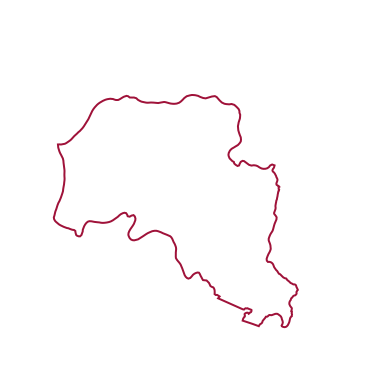 the district of Caapiranga, Amazonas, Brazil, rotated 24°
{"feature_id": "56859067B97968343077652", "entity_name": "Caapiranga", "entity_type": "district", "adm_level": 2, "iso_a3": "BRA", "parent_name": "Brazil", "parent_adm1": "Amazonas", "projection": "natural_earth1", "projection_center": [-61.698, -3.056], "detail": "fine", "context": "isolated", "style": "outline", "palette": "rose", "viewbox_px": 384, "rotation_deg": 24, "n_neighbors": 0, "source": "geoboundaries", "source_scale": "gbopen_adm2", "svg_char_len": 6073}
<svg xmlns="http://www.w3.org/2000/svg" viewBox="0 0 384 384"><g transform="rotate(24 192 192)"><path d="M290.6,288.9L300.7,287.9L307.6,287.4L307.8,285.6L308.2,284.7L308.8,284.0L309.2,282.8L309.1,282.0L309.0,281.0L309.2,280.2L310.1,277.1L310.2,275.9L311.0,275.5L311.6,275.1L312.0,274.2L312.3,273.4L312.9,272.8L314.5,272.3L315.0,272.0L317.6,269.5L318.3,269.1L319.1,268.7L319.7,268.6L320.6,268.7L322.9,269.2L323.9,269.6L324.4,270.0L325.0,270.5L325.9,271.7L327.2,273.0L328.0,274.2L328.3,275.6L328.2,277.6L328.7,278.1L329.6,278.2L330.4,278.1L331.0,278.0L331.9,277.6L332.6,277.0L333.0,276.6L333.5,275.4L333.7,274.6L333.8,271.8L333.7,270.8L333.1,268.0L333.0,266.8L333.2,265.9L333.7,264.8L333.3,264.2L333.3,263.4L332.7,262.5L332.2,262.0L332.1,260.9L331.7,260.4L331.1,260.4L331.0,259.3L330.5,257.6L329.8,257.1L329.1,256.8L328.2,256.3L326.8,255.1L326.4,254.6L326.1,253.8L325.9,253.2L325.8,252.2L325.9,251.5L326.1,250.6L325.9,249.5L326.0,248.4L326.4,247.9L326.5,247.2L326.9,245.7L327.6,244.9L328.3,244.4L328.7,243.5L328.9,242.4L328.5,241.6L328.1,240.9L328.2,240.1L328.2,239.4L328.5,238.4L327.2,237.2L326.0,236.2L324.9,234.9L323.5,234.6L322.1,235.2L320.6,235.0L319.0,235.0L317.6,234.4L314.7,233.6L313.3,232.7L311.8,233.0L310.2,232.9L308.8,232.4L306.0,231.3L304.6,231.3L301.9,229.5L300.5,229.0L299.2,228.2L297.7,227.3L295.5,225.1L294.2,224.4L292.7,224.1L291.2,224.3L289.8,225.0L288.3,224.3L287.4,222.8L287.2,221.2L287.1,219.4L287.1,217.4L287.3,215.6L287.3,213.8L287.1,212.0L285.3,208.8L284.2,207.5L281.9,205.2L281.1,203.6L280.9,201.9L280.8,199.9L280.9,197.9L281.2,196.2L281.4,194.5L281.2,192.7L280.6,189.1L280.4,187.3L280.3,182.7L279.6,180.7L278.8,180.1L278.0,179.6L277.3,179.2L276.4,178.8L275.8,178.3L275.5,177.7L275.4,176.4L275.3,175.1L275.2,173.6L275.0,173.0L274.8,172.4L274.1,171.2L273.7,170.2L273.5,169.3L273.1,167.8L273.0,167.1L272.6,165.8L272.5,164.0L272.2,163.0L271.8,161.0L271.3,159.3L271.0,157.7L270.7,157.1L270.9,156.3L270.6,155.8L270.8,155.1L270.6,154.3L270.0,154.1L269.7,153.6L269.5,152.7L269.0,152.2L269.5,151.7L268.9,151.4L266.7,151.1L266.2,150.9L265.7,150.1L265.5,149.1L265.5,148.2L265.4,147.3L265.2,146.2L264.7,145.5L264.1,144.8L263.5,144.5L263.0,144.0L262.6,143.5L262.0,142.9L261.3,142.4L260.2,141.5L259.5,141.1L258.9,140.8L258.3,140.6L257.5,140.4L256.8,139.7L256.6,138.9L256.6,138.1L256.8,137.4L256.9,136.7L256.9,135.9L256.6,134.1L254.0,134.3L252.6,136.0L252.1,138.1L251.0,139.8L249.5,141.0L247.8,141.8L246.0,142.2L243.7,142.1L241.4,141.7L239.7,141.8L237.6,142.4L235.5,143.7L233.1,144.0L227.0,142.6L225.5,143.0L224.3,144.6L224.1,146.6L224.2,148.6L223.0,149.7L220.8,149.4L219.0,148.8L218.0,147.5L216.4,147.4L212.7,146.0L211.1,144.5L210.2,143.3L209.7,141.4L209.8,138.7L210.6,136.5L214.9,130.3L215.7,127.9L216.0,126.0L215.5,124.3L214.3,122.2L212.5,120.5L211.0,118.9L209.2,116.8L207.2,113.2L206.7,111.0L206.3,109.4L205.9,105.5L205.4,103.9L204.6,101.8L203.2,100.4L202.3,98.6L200.9,97.3L199.1,96.5L197.2,95.8L195.2,95.2L192.4,95.5L190.3,96.8L187.4,97.8L185.7,98.2L182.8,98.1L180.0,97.1L175.9,95.2L173.9,95.1L171.3,96.7L166.4,100.9L163.9,101.6L160.9,101.8L158.4,101.7L155.8,102.2L154.2,102.7L152.3,103.5L150.6,104.7L148.2,106.7L146.7,109.4L146.0,111.5L145.1,113.7L144.0,115.6L142.1,117.4L140.6,118.3L139.2,119.0L136.8,119.8L135.3,120.1L131.3,120.7L129.9,121.1L127.5,122.7L124.9,124.5L120.2,126.1L118.0,127.0L115.4,128.4L113.8,129.0L110.6,129.7L109.1,130.0L107.6,130.0L105.2,129.8L103.0,129.0L100.5,129.3L99.1,130.0L96.6,131.0L94.8,130.5L93.1,130.8L91.1,132.6L90.1,133.9L88.5,136.3L87.2,137.9L85.1,138.9L83.7,139.1L82.0,139.2L79.3,140.1L76.7,141.8L75.3,143.0L73.5,145.0L71.5,147.8L70.6,149.3L69.8,151.0L68.7,154.3L68.2,156.4L67.9,158.6L67.8,162.9L67.7,167.6L66.5,176.0L66.0,178.2L64.7,182.0L63.9,183.5L63.2,185.4L61.7,188.8L60.5,192.5L59.9,194.0L59.0,195.6L57.2,198.5L56.2,199.7L53.0,201.9L51.6,202.4L50.2,203.1L51.8,205.9L53.1,207.4L54.4,208.9L55.8,210.2L57.5,211.5L60.4,213.9L61.7,215.6L62.8,217.6L66.2,223.2L67.0,224.7L68.3,227.9L69.0,229.4L70.1,231.5L70.7,233.0L71.4,235.3L72.0,237.1L72.6,239.6L73.2,241.9L73.8,243.7L74.1,246.0L74.5,250.4L74.6,254.2L74.4,256.2L74.5,258.7L75.0,263.0L75.1,265.3L75.4,267.0L75.9,269.5L76.1,271.4L77.0,272.8L78.5,274.0L79.9,274.6L83.7,275.7L85.4,275.9L88.9,276.0L90.6,275.9L92.3,275.8L93.9,275.4L95.6,275.4L97.9,275.2L99.7,274.7L101.2,275.0L102.2,276.6L103.6,278.3L104.7,278.7L106.4,278.6L107.7,278.1L108.5,276.3L108.2,272.5L107.6,270.9L107.5,269.0L107.4,267.2L107.6,265.1L108.1,263.1L108.9,261.5L110.0,260.5L111.6,259.8L113.2,259.4L115.0,259.0L118.2,258.0L119.6,257.5L121.4,257.1L123.1,256.5L124.8,255.6L126.6,254.5L128.4,253.2L129.8,251.9L131.2,250.1L134.3,244.9L135.1,242.9L136.0,241.2L137.5,239.4L138.8,238.4L140.4,238.1L142.0,239.1L143.1,240.3L145.1,239.9L146.3,238.2L148.0,236.9L149.7,237.6L151.1,239.2L151.7,240.9L151.8,242.9L151.9,244.7L151.6,247.0L150.8,251.2L150.6,253.5L150.7,255.3L151.3,257.1L152.5,258.4L153.9,259.5L155.6,260.2L157.2,260.2L158.8,259.7L160.5,258.4L162.0,257.2L165.2,252.4L167.4,248.9L168.4,247.5L170.0,245.7L171.6,244.0L173.5,242.7L175.0,242.0L177.0,241.6L180.4,241.4L182.1,241.5L186.5,241.3L190.1,241.3L191.5,241.8L193.0,242.8L194.3,244.0L195.7,245.3L197.1,246.3L198.4,247.5L199.8,249.0L200.7,250.5L201.8,253.8L202.6,255.6L203.4,257.5L204.2,258.9L205.7,260.0L207.4,260.9L209.1,261.7L211.1,262.9L212.8,264.5L214.0,265.6L219.1,270.9L220.7,272.0L222.4,272.6L223.9,272.6L225.4,271.2L226.1,269.1L226.6,267.2L227.5,265.6L228.6,264.3L229.8,263.3L231.2,262.9L232.6,263.8L233.9,265.0L235.5,266.2L236.7,267.2L237.9,268.0L241.3,266.9L242.9,267.5L244.6,268.2L247.1,270.4L248.6,270.6L250.3,270.5L251.4,271.2L252.5,272.4L253.4,274.1L254.2,276.1L255.6,276.4L256.9,275.8L259.7,276.2L259.1,278.5L286.1,278.5L286.7,278.4L287.4,278.1L287.6,277.3L288.3,276.4L289.4,276.1L290.1,275.6L290.6,275.7L292.6,275.6L294.2,275.5L294.7,276.3L294.8,277.2L294.7,277.8L294.0,278.5L293.7,279.6L293.3,280.2L292.7,279.8L292.2,279.6L291.5,279.8L291.0,280.1L290.6,280.5L290.0,281.2L289.7,282.0L290.1,282.9L290.7,283.6L290.9,284.4L290.5,285.1L290.3,286.6L290.3,287.5L290.5,288.2L290.6,288.9Z" fill="none" stroke="#9f1239" stroke-width="2"/></g></svg>